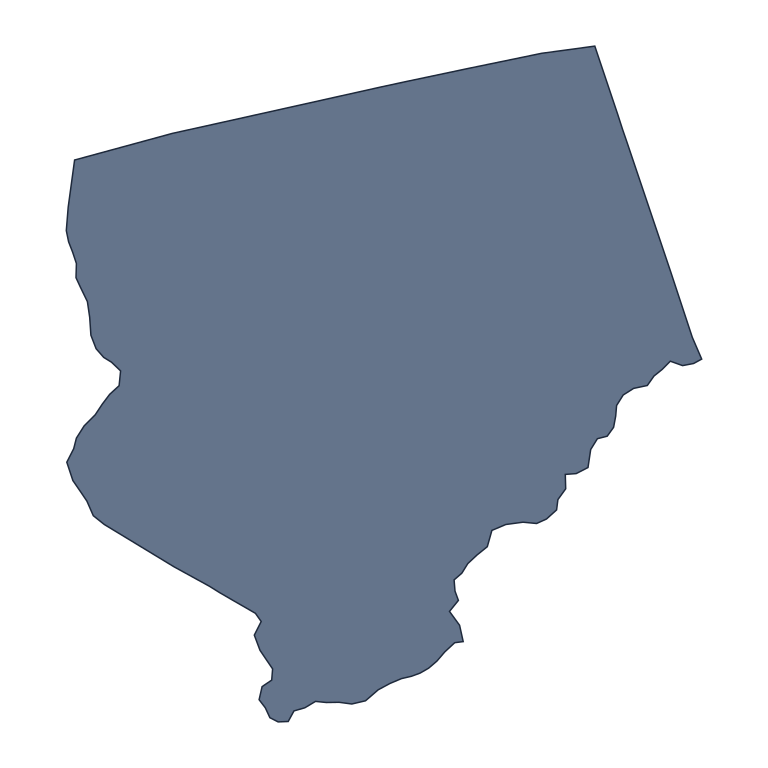 outline of Paty do Alferes, Rio de Janeiro, Brazil
{"feature_id": "56859067B81747840806563", "entity_name": "Paty do Alferes", "entity_type": "district", "adm_level": 2, "iso_a3": "BRA", "parent_name": "Brazil", "parent_adm1": "Rio de Janeiro", "projection": "natural_earth1", "projection_center": [-43.404, -22.378], "detail": "fine", "context": "isolated", "style": "filled", "palette": "slate", "viewbox_px": 768, "rotation_deg": 0, "n_neighbors": 0, "source": "geoboundaries", "source_scale": "gbopen_adm2", "svg_char_len": 1461}
<svg xmlns="http://www.w3.org/2000/svg" viewBox="0 0 768 768"><path d="M463.2,641.6L459.6,625.3L449.5,611.4L458.4,600.4L455.0,591.1L454.1,579.9L461.9,573.1L467.8,563.6L477.0,555.0L487.3,546.7L491.9,530.4L505.8,524.5L523.0,522.2L536.6,523.5L546.5,519.0L556.6,509.9L557.9,499.6L565.7,488.8L565.3,474.4L576.2,473.6L588.0,467.5L590.7,449.5L597.4,438.7L607.2,436.2L613.6,427.3L615.7,416.1L616.6,405.5L623.2,395.0L633.6,388.4L647.3,385.5L654.0,376.0L662.2,369.4L670.3,361.2L682.6,365.6L693.6,363.5L701.7,359.1L692.3,337.3L670.9,272.4L658.1,234.4L653.5,220.8L626.4,140.5L622.7,129.8L617.7,114.3L594.8,46.1L541.6,53.3L468.9,68.3L406.8,81.4L381.3,86.9L340.5,96.0L221.1,122.6L172.3,133.4L74.6,160.0L68.2,207.1L66.3,230.6L68.6,241.8L72.6,252.1L76.4,263.5L76.0,277.7L80.5,287.4L87.4,301.6L89.7,317.4L90.9,335.2L96.1,348.7L103.7,357.4L111.5,362.2L120.6,370.9L119.1,385.7L109.7,394.3L102.3,404.1L95.2,414.8L84.2,425.8L76.4,438.1L73.7,448.7L66.8,462.2L72.9,480.6L80.0,490.9L86.9,501.1L93.3,515.7L104.3,524.5L174.0,566.8L209.3,586.2L219.9,592.8L233.0,600.4L255.4,613.3L261.2,621.5L254.3,635.1L260.0,650.3L265.8,658.9L272.6,668.9L271.7,680.1L262.1,686.6L259.1,699.7L265.3,707.8L269.9,717.7L278.1,721.9L288.2,721.5L294.0,710.9L304.8,707.8L315.5,701.4L326.3,702.5L339.1,702.3L351.8,704.0L365.5,700.8L378.2,689.8L389.9,683.5L401.5,678.6L411.4,676.3L420.1,673.1L428.6,668.2L436.9,661.1L444.7,652.0L454.7,642.7L463.2,641.6Z" fill="#64748b" stroke="#1e293b" stroke-width="1.5"/></svg>